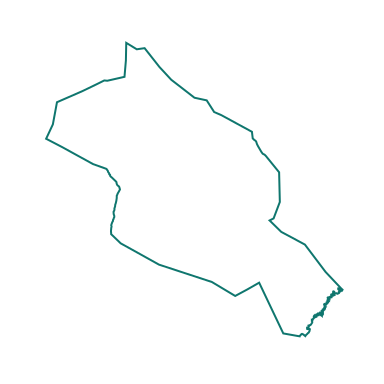 Tarialan, Uvs, Mongolia, rotated 84°
{"feature_id": "93677404B95809249566268", "entity_name": "Tarialan", "entity_type": "district", "adm_level": 2, "iso_a3": "MNG", "parent_name": "Mongolia", "parent_adm1": "Uvs", "projection": "robinson", "projection_center": [92.281, 49.747], "detail": "fine", "context": "isolated", "style": "outline", "palette": "teal", "viewbox_px": 384, "rotation_deg": 84, "n_neighbors": 0, "source": "geoboundaries", "source_scale": "gbopen_adm2", "svg_char_len": 5321}
<svg xmlns="http://www.w3.org/2000/svg" viewBox="0 0 384 384"><g transform="rotate(84 192 192)"><path d="M44.0,224.1L44.3,232.0L36.8,241.8L54.3,244.0L70.4,247.1L72.5,264.6L71.9,267.6L74.4,274.3L80.2,290.4L88.6,316.9L110.2,323.3L123.8,331.5L133.6,316.7L153.9,287.5L159.9,275.0L160.3,274.5L160.9,274.3L161.4,273.9L162.2,273.5L163.0,273.4L163.8,273.1L164.1,272.8L165.0,272.4L165.4,272.3L165.8,272.4L166.0,272.2L166.4,271.7L167.4,271.7L168.2,271.2L169.2,270.2L171.6,268.2L173.5,266.6L174.3,266.1L175.5,266.1L176.4,265.9L177.4,265.5L177.8,265.2L178.5,264.4L179.0,264.0L179.5,263.8L181.8,263.4L182.0,263.4L184.2,264.9L185.8,266.1L186.9,266.6L187.8,267.2L190.2,267.5L192.9,268.2L195.2,269.0L196.7,269.7L198.3,270.0L200.3,270.9L201.1,270.9L202.4,271.3L202.7,271.5L203.1,271.9L203.6,272.1L205.8,272.2L207.6,271.8L208.8,271.9L209.3,272.2L209.9,272.6L210.8,272.9L211.6,273.5L212.7,273.7L213.6,274.4L215.2,275.2L216.6,275.8L217.7,275.6L218.3,275.7L219.3,276.1L220.1,276.2L222.0,276.6L222.8,276.7L224.2,276.7L225.5,276.8L235.6,268.3L260.8,232.4L283.6,181.6L299.9,159.9L294.7,147.2L289.2,134.7L342.2,116.0L346.8,100.0L346.2,99.8L345.8,99.0L345.5,98.8L344.9,98.2L344.7,97.8L344.6,97.4L345.1,96.7L345.2,96.3L345.4,96.0L346.2,95.4L346.3,95.1L346.6,94.8L347.1,94.5L347.2,94.4L346.2,93.6L345.1,92.1L344.4,91.4L344.1,90.7L343.5,90.3L342.7,89.7L341.6,89.4L340.8,89.1L340.5,89.2L340.2,89.6L340.1,90.3L340.5,90.7L340.5,91.0L340.4,91.1L340.3,91.7L339.7,91.7L339.4,91.6L339.3,91.8L339.1,91.8L338.9,91.7L339.0,91.2L339.4,90.9L339.5,90.7L339.5,90.4L339.0,90.6L338.7,90.6L338.3,90.4L338.0,90.0L337.7,89.8L337.4,89.4L337.2,89.4L336.9,89.7L336.7,88.8L336.8,88.6L336.7,88.1L336.1,87.4L335.2,86.8L334.6,86.2L334.1,86.0L333.6,86.0L333.1,86.1L332.9,86.3L332.1,86.2L332.3,86.0L332.4,85.8L332.1,85.7L331.9,85.5L331.6,85.7L331.4,85.2L330.8,84.9L330.6,84.4L329.9,84.1L329.8,83.7L329.8,83.3L329.7,83.2L329.2,83.4L328.7,83.8L328.4,83.6L328.2,83.7L327.9,83.5L327.8,83.4L328.8,83.2L329.2,83.1L329.3,82.9L329.2,81.8L329.2,81.7L329.0,81.1L328.8,81.0L328.5,81.1L328.3,81.3L328.1,81.4L327.7,81.2L327.3,81.4L326.9,81.4L326.7,80.9L326.7,80.6L327.5,80.6L327.5,80.1L327.6,79.8L327.5,79.7L327.1,79.8L326.9,79.7L326.3,79.8L326.1,79.6L326.4,79.3L327.5,79.2L327.8,79.0L327.8,78.9L327.6,78.8L326.7,78.7L326.2,78.1L326.1,77.5L325.8,77.6L325.8,77.4L325.7,77.4L325.5,77.5L325.3,77.3L325.6,77.0L325.5,76.7L326.5,76.2L326.2,76.0L326.0,75.8L326.1,75.6L326.3,75.5L326.6,75.5L326.8,75.6L326.8,75.9L327.1,76.3L327.0,76.7L327.0,76.8L327.2,77.0L327.6,77.0L327.8,76.9L327.9,76.7L328.2,76.5L328.3,76.2L328.6,75.9L328.3,75.9L327.8,76.5L327.6,76.5L327.5,76.4L327.5,76.1L327.6,75.8L327.8,75.5L327.4,75.4L327.4,75.2L327.6,75.1L327.5,74.7L327.2,74.7L327.0,75.0L326.8,75.2L326.7,75.2L326.6,74.8L325.8,75.2L325.6,75.2L325.4,75.0L325.4,74.8L325.6,74.5L325.6,74.4L325.4,74.4L325.1,74.6L324.7,74.6L324.7,74.9L324.6,75.0L324.2,75.4L323.8,75.5L323.6,75.1L323.9,74.2L323.9,73.9L323.6,73.7L323.3,74.3L323.0,74.5L322.5,74.3L322.5,74.0L322.6,73.7L322.9,73.5L322.8,73.4L323.0,72.9L322.9,72.7L322.7,72.7L322.5,72.8L322.3,73.3L322.0,73.3L321.6,73.1L321.6,72.7L322.1,72.0L322.0,71.9L321.8,71.9L321.1,72.6L320.9,72.5L320.8,71.9L320.6,71.8L320.6,71.7L321.0,71.5L320.7,71.5L320.6,71.4L320.4,71.2L320.2,71.7L319.6,72.1L318.8,71.9L318.6,72.0L318.4,72.2L318.1,72.3L317.8,72.4L317.3,72.2L317.2,72.0L317.4,71.8L318.1,71.8L318.4,71.7L318.3,71.3L317.9,71.2L317.7,71.0L318.1,70.6L318.1,70.4L317.9,70.3L317.5,70.3L317.2,70.1L317.2,69.8L317.3,69.7L316.7,69.0L316.2,69.5L315.8,69.7L315.6,69.3L315.6,69.0L315.7,68.8L316.0,68.6L315.8,68.5L315.6,68.6L315.4,68.5L315.5,68.1L315.4,68.1L314.3,68.7L313.8,68.7L313.7,68.6L313.8,68.1L313.7,67.7L313.8,67.5L314.2,67.4L314.3,67.2L313.1,67.3L313.0,67.5L312.7,67.6L312.7,67.8L311.8,68.1L311.2,68.1L311.1,67.9L311.7,67.5L312.0,67.2L312.4,66.4L312.1,66.3L312.1,66.7L311.6,66.6L311.1,66.7L311.1,66.4L311.5,66.2L310.8,66.1L310.7,65.8L310.7,65.5L310.4,65.2L310.3,64.9L310.5,64.7L311.0,64.7L311.3,64.6L311.3,64.2L311.1,64.1L310.4,64.0L310.2,64.0L309.7,64.3L308.5,64.3L308.4,64.1L308.5,64.0L309.1,63.4L309.9,63.4L309.8,62.2L309.3,61.8L309.2,61.5L309.3,61.3L309.3,61.2L308.7,61.4L308.6,61.5L309.0,61.7L308.4,62.3L307.9,62.5L307.4,62.4L307.3,61.8L306.9,61.6L306.7,61.6L306.3,62.0L305.7,62.0L305.6,61.8L305.7,61.6L306.1,61.7L306.1,61.4L305.9,61.3L306.0,61.0L306.2,60.9L306.6,61.0L307.0,60.9L307.2,61.0L307.3,61.4L307.7,61.6L307.9,61.6L308.1,61.4L308.2,61.1L308.2,60.7L307.8,59.7L307.7,59.3L307.8,58.8L308.4,58.2L308.4,57.7L308.1,57.1L307.3,56.6L306.8,56.5L306.6,56.3L307.2,55.9L306.9,55.7L306.3,55.7L306.0,55.5L305.9,55.4L306.0,55.1L305.7,55.1L305.9,54.8L305.9,54.6L305.6,54.8L305.5,55.0L305.4,55.1L305.4,55.5L304.6,55.7L304.5,55.8L304.7,56.1L304.1,56.4L304.1,56.6L303.9,56.7L303.7,56.8L303.5,56.7L303.3,56.5L303.1,56.5L303.1,56.2L303.2,55.9L303.7,55.6L303.8,55.4L303.8,55.1L303.9,54.9L304.5,54.8L304.5,54.7L304.7,54.3L304.1,54.5L303.9,54.2L303.8,53.9L304.0,53.6L304.4,53.3L305.2,52.7L304.9,52.5L303.7,53.6L285.5,67.5L256.1,85.2L241.0,107.4L228.4,117.8L226.8,113.6L211.1,105.7L181.5,103.3L163.7,114.9L162.4,116.0L161.8,117.0L161.3,117.7L159.2,118.9L153.2,121.6L151.1,122.4L148.6,122.9L147.8,123.4L147.2,124.0L146.7,124.7L146.1,125.1L145.1,126.0L138.4,126.1L118.5,155.0L114.8,161.6L102.4,167.8L98.5,179.7L78.2,200.9L64.3,211.3L44.0,224.1Z" fill="none" stroke="#0f766e" stroke-width="2"/></g></svg>